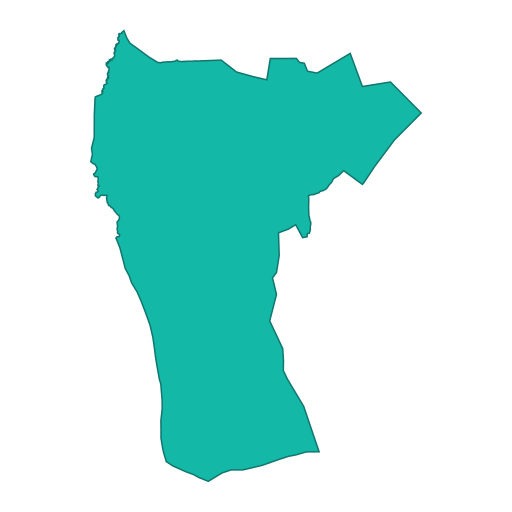 Ise/Orun, Ekiti, Nigeria (Robinson projection)
{"feature_id": "59680162B94034829608504", "entity_name": "Ise/Orun", "entity_type": "district", "adm_level": 2, "iso_a3": "NGA", "parent_name": "Nigeria", "parent_adm1": "Ekiti", "projection": "robinson", "projection_center": [5.354, 7.425], "detail": "fine", "context": "isolated", "style": "filled", "palette": "teal", "viewbox_px": 512, "rotation_deg": 0, "n_neighbors": 0, "source": "geoboundaries", "source_scale": "gbopen_adm2", "svg_char_len": 4871}
<svg xmlns="http://www.w3.org/2000/svg" viewBox="0 0 512 512"><path d="M208.3,481.3L222.1,472.9L231.2,469.9L239.0,469.9L242.9,469.9L249.3,468.4L262.3,465.3L274.8,460.9L279.1,459.4L288.2,456.4L295.9,454.9L300.3,453.6L306.3,451.9L316.7,451.8L319.1,451.8L303.7,406.4L287.4,379.1L283.3,370.5L283.5,360.9L282.7,348.5L269.7,320.9L276.5,294.4L272.5,277.8L276.5,272.5L279.2,255.5L278.5,232.8L288.2,229.2L295.7,224.7L302.4,237.2L302.6,237.6L303.2,237.6L304.9,237.2L305.6,237.1L306.6,236.9L307.2,236.7L307.1,236.1L307.2,235.4L307.2,234.3L307.5,233.5L309.3,233.3L309.7,231.9L310.1,230.7L310.4,229.4L310.2,227.4L310.8,223.8L310.7,222.2L310.0,220.4L309.5,218.9L309.6,218.1L309.5,217.4L308.9,215.7L308.6,207.6L308.8,199.0L308.5,195.6L309.0,195.5L310.7,194.8L313.5,194.6L315.4,194.0L316.8,193.3L317.8,193.2L319.1,192.6L320.1,191.4L321.4,191.0L323.0,190.7L324.4,189.9L325.6,189.4L327.2,187.9L328.9,185.2L331.6,182.3L333.5,178.6L338.7,175.5L343.7,170.7L362.4,184.4L363.8,182.8L374.7,166.4L394.3,140.1L421.2,113.0L390.5,82.0L362.4,86.5L350.2,53.4L317.1,73.1L307.5,71.2L304.3,63.2L299.5,62.4L296.3,58.4L283.7,58.5L270.3,58.5L266.8,79.8L253.0,76.6L236.5,72.0L221.2,60.1L197.7,61.0L194.3,60.9L192.8,61.2L186.8,61.2L185.2,61.5L183.9,61.3L182.6,61.6L179.1,61.4L177.1,60.5L177.1,60.1L176.7,60.2L176.1,60.4L175.5,61.0L175.2,61.3L174.2,61.4L173.7,61.3L172.9,61.6L172.1,61.5L171.0,61.8L170.2,61.9L169.3,61.7L168.5,61.8L167.5,61.8L166.3,62.0L163.0,62.1L161.0,62.7L160.4,62.7L159.8,62.6L157.9,62.5L156.7,61.8L154.4,60.4L150.3,57.9L149.1,57.2L147.1,55.7L143.6,53.1L140.9,51.1L136.5,47.9L130.0,43.2L127.0,38.4L124.0,31.0L123.9,30.7L123.2,31.4L122.2,32.1L121.7,32.5L121.6,33.3L120.8,33.5L119.9,33.7L119.3,33.8L119.3,33.7L118.8,33.9L118.9,34.5L119.1,35.5L118.8,36.0L119.3,36.5L118.8,37.1L117.9,37.6L117.9,39.4L118.5,39.8L118.1,40.3L118.4,40.6L119.2,40.8L119.2,41.6L118.8,42.4L118.8,43.1L117.9,43.4L117.6,44.1L117.2,44.8L116.6,45.1L116.4,44.3L115.8,45.0L115.9,45.7L116.2,46.3L116.1,46.8L115.8,46.8L115.4,47.1L115.1,48.3L114.6,48.2L114.4,48.6L114.8,49.6L115.2,49.2L115.5,49.8L115.6,50.5L115.5,50.8L114.8,51.2L114.8,51.9L114.5,52.7L114.1,52.7L114.0,53.1L114.3,53.7L114.6,54.7L114.5,56.3L113.7,57.3L113.5,58.0L112.8,58.1L112.4,58.6L111.6,59.1L112.1,60.1L111.7,60.3L111.1,59.8L110.4,59.4L110.0,60.0L109.5,59.8L109.4,60.6L109.2,60.9L109.7,61.6L109.2,61.7L108.8,61.8L108.3,61.5L107.7,61.8L107.8,62.2L108.4,62.5L108.2,63.2L107.8,63.4L107.3,63.7L107.0,63.3L106.7,63.0L106.4,62.9L106.4,63.5L106.6,63.7L106.5,64.0L106.2,64.1L106.2,64.8L106.5,65.3L107.2,66.5L108.1,67.5L108.9,67.3L109.0,67.9L109.1,69.2L108.5,71.3L108.3,71.8L108.1,72.1L108.2,72.4L108.6,72.4L108.7,72.7L108.4,72.9L107.8,73.1L107.6,73.4L107.5,74.0L107.5,74.7L107.7,75.4L108.0,75.5L108.3,75.7L108.6,75.8L108.6,76.2L108.4,76.5L108.1,76.3L107.9,76.8L108.3,77.0L108.3,77.6L108.1,77.9L107.7,77.7L107.4,77.8L107.4,78.2L107.8,78.4L108.2,78.4L107.9,78.7L107.4,78.8L107.3,79.2L106.8,79.4L106.9,79.9L107.0,80.3L106.8,80.4L106.6,80.0L106.4,80.0L106.2,80.1L106.1,80.5L106.5,80.9L106.4,81.8L106.2,82.0L106.5,82.3L106.9,82.7L107.0,83.3L106.3,84.1L105.5,84.4L105.0,84.5L104.6,84.5L104.1,84.9L103.7,85.6L103.9,86.3L103.8,87.4L103.9,88.4L103.2,88.8L102.8,89.0L102.4,90.2L102.7,91.2L102.1,90.9L101.8,91.1L102.0,91.9L102.1,93.0L102.5,93.4L102.0,94.1L100.4,94.8L95.4,96.8L95.1,97.8L95.0,99.2L94.8,103.4L94.3,114.8L94.3,121.2L94.2,137.6L91.5,148.3L92.4,154.4L90.8,161.7L92.0,162.7L93.2,163.7L94.4,164.0L95.1,164.6L96.1,166.1L96.8,167.6L97.3,168.8L96.3,170.7L95.2,173.1L94.2,173.6L93.8,173.8L93.6,174.4L93.9,175.0L94.2,175.5L94.8,176.4L95.7,176.7L96.3,176.7L96.6,176.7L96.8,176.6L97.9,176.8L98.0,177.5L98.1,178.4L98.2,179.4L98.0,180.8L97.8,181.3L98.2,182.7L98.2,184.1L97.8,185.1L98.1,185.6L98.9,185.6L99.3,186.2L98.1,187.0L97.8,188.6L97.0,189.3L97.5,190.1L98.2,191.1L97.6,192.0L96.0,192.3L95.8,193.2L95.3,194.0L95.4,195.1L95.4,195.7L96.1,196.5L97.9,197.9L98.8,197.7L99.5,197.0L100.3,195.8L101.8,195.0L104.0,195.5L106.6,195.1L107.1,195.7L106.5,197.5L106.7,199.1L107.0,200.9L107.2,202.3L107.7,202.9L108.7,205.5L110.0,205.9L111.2,207.4L113.1,208.5L114.4,210.9L115.9,212.4L116.8,213.6L117.6,214.7L118.5,215.0L119.3,216.1L119.4,217.5L119.3,218.7L118.7,220.0L117.7,221.3L117.0,222.3L117.2,223.5L117.4,225.0L117.7,226.2L117.4,227.4L117.0,228.7L117.4,230.3L117.6,231.2L117.5,232.2L117.5,233.1L118.1,233.7L119.4,234.2L119.7,235.1L119.3,236.3L117.8,236.8L117.0,236.8L116.7,237.0L116.4,237.8L115.9,238.1L116.9,240.2L119.9,247.9L122.6,258.1L125.2,268.4L129.1,275.7L131.7,283.0L137.0,291.7L140.9,300.5L144.8,310.7L147.5,318.0L150.1,325.4L152.8,337.1L154.1,345.8L155.4,356.1L156.8,364.9L159.4,379.5L160.8,383.9L161.1,388.0L162.1,400.0L162.2,408.8L160.9,420.6L161.0,427.9L161.0,438.1L162.4,446.9L162.8,448.9L163.4,451.6L163.7,452.8L166.3,461.6L172.8,465.9L179.3,468.8L185.8,471.7L193.6,474.6L198.8,477.5L201.1,478.4L208.3,481.3Z" fill="#14b8a6" stroke="#0f766e" stroke-width="1.5"/></svg>